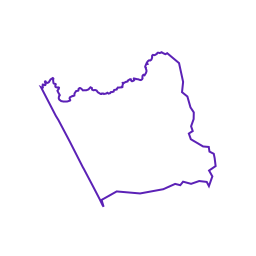 Buchanan, Virginia, United States of America, rotated 285°
{"feature_id": "52423323B31243309181200", "entity_name": "Buchanan", "entity_type": "district", "adm_level": 2, "iso_a3": "USA", "parent_name": "United States of America", "parent_adm1": "Virginia", "projection": "equal_earth", "projection_center": [-81.918, 37.288], "detail": "fine", "context": "isolated", "style": "outline", "palette": "violet", "viewbox_px": 256, "rotation_deg": 285, "n_neighbors": 0, "source": "geoboundaries", "source_scale": "gbopen_adm2", "svg_char_len": 2781}
<svg xmlns="http://www.w3.org/2000/svg" viewBox="0 0 256 256"><g transform="rotate(285 128 128)"><path d="M156.4,43.1L156.7,42.8L156.8,42.4L154.8,40.6L151.8,39.7L150.8,38.7L150.7,38.3L150.7,37.3L151.7,36.3L151.7,36.0L151.1,35.8L149.0,37.1L148.1,37.0L147.8,36.5L147.9,35.2L148.0,34.8L147.9,34.4L147.3,34.4L145.0,35.3L144.5,34.8L144.8,33.5L121.1,55.1L117.7,58.7L99.9,75.2L77.9,95.0L77.6,95.4L62.8,109.1L52.0,119.0L47.0,123.3L45.6,124.8L51.7,121.1L63.8,133.5L67.9,156.6L78.0,177.9L86.2,188.0L86.3,193.3L90.4,195.1L90.4,203.4L95.2,210.5L96.3,218.0L92.8,221.2L103.1,222.0L107.9,217.3L113.9,222.5L121.3,219.5L125.3,217.5L126.3,212.8L130.6,210.9L129.6,205.3L133.4,191.6L138.4,188.2L141.8,191.3L146.0,188.5L153.6,189.1L160.1,187.5L164.1,183.0L173.8,177.2L176.6,170.9L186.8,169.3L203.9,160.5L210.4,146.5L209.0,145.1L209.0,144.5L209.2,143.9L209.2,143.2L209.9,140.8L209.7,140.5L209.3,140.4L208.6,139.2L208.6,138.0L208.4,137.2L208.0,136.9L206.9,136.6L206.7,136.4L206.5,136.0L205.9,135.6L205.2,134.7L205.1,134.3L205.1,134.0L205.1,133.2L204.4,132.7L203.9,132.6L203.7,132.7L203.3,132.8L203.0,132.8L202.2,133.1L200.2,132.9L199.5,132.5L198.9,131.9L198.9,130.9L197.8,130.0L196.1,129.3L195.8,129.5L194.9,130.3L194.8,130.1L195.0,129.6L194.8,129.1L192.0,128.7L191.4,128.8L190.9,129.7L190.4,129.8L190.0,129.8L189.2,130.5L188.2,131.0L187.4,131.2L185.8,131.1L183.1,130.3L183.1,129.8L183.4,129.2L183.1,128.9L181.9,128.5L180.9,128.8L180.6,128.8L179.6,129.2L178.7,129.0L177.6,128.0L177.5,126.6L177.7,125.4L177.4,123.4L177.5,123.2L177.4,120.9L176.9,120.8L175.9,121.6L175.2,121.2L174.4,120.2L174.2,119.8L174.2,119.5L174.7,118.7L175.8,118.1L175.7,117.4L173.7,115.5L172.9,115.6L172.2,114.6L172.0,113.9L170.5,112.5L170.4,111.4L170.2,111.2L169.8,111.6L168.6,111.8L168.1,111.7L167.8,111.6L166.4,112.0L166.1,112.0L165.8,111.5L165.8,111.3L165.6,111.3L164.5,108.1L164.5,107.8L163.5,107.4L163.2,107.1L162.6,107.2L162.2,107.1L162.1,106.8L161.2,104.9L160.9,104.7L159.5,104.7L158.5,103.2L158.4,102.4L158.1,102.0L157.0,101.7L156.7,101.1L156.2,100.4L156.7,98.9L155.8,98.2L155.7,98.1L154.6,95.9L154.9,95.3L154.6,93.9L154.0,93.7L153.8,92.8L154.7,89.6L156.1,87.9L156.2,86.3L155.5,84.9L155.7,83.5L156.5,83.0L156.9,82.9L157.3,82.7L157.6,81.2L155.0,79.8L153.7,78.0L152.7,74.6L153.5,73.4L154.2,71.8L154.1,71.0L153.2,70.2L152.5,70.2L152.1,70.4L151.2,70.3L150.2,68.3L147.5,67.4L145.5,67.8L144.5,66.5L144.6,66.1L142.5,63.9L141.4,63.9L140.0,65.0L139.4,64.8L137.9,62.5L136.9,59.1L136.7,56.5L137.7,54.2L138.6,53.5L139.8,53.2L141.3,53.2L141.7,53.6L142.1,53.6L144.1,51.6L145.7,50.2L147.9,51.0L149.1,50.9L149.2,50.7L149.2,50.0L148.8,49.5L148.8,49.2L148.8,47.8L149.1,47.2L149.5,47.0L150.2,46.8L151.2,47.0L151.8,46.6L151.7,45.1L152.0,44.5L152.5,44.2L155.1,43.2L156.3,43.2L156.4,43.1Z" fill="none" stroke="#5b21b6" stroke-width="2"/></g></svg>